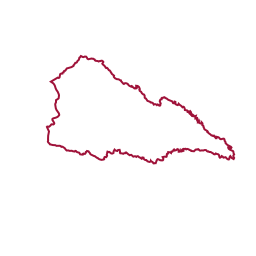 Dueré, Tocantins, Brazil (Equal Earth projection), rotated 145°
{"feature_id": "56859067B89764358514319", "entity_name": "Dueré", "entity_type": "district", "adm_level": 2, "iso_a3": "BRA", "parent_name": "Brazil", "parent_adm1": "Tocantins", "projection": "equal_earth", "projection_center": [-49.445, -11.379], "detail": "fine", "context": "isolated", "style": "outline", "palette": "rose", "viewbox_px": 256, "rotation_deg": 145, "n_neighbors": 0, "source": "geoboundaries", "source_scale": "gbopen_adm2", "svg_char_len": 5744}
<svg xmlns="http://www.w3.org/2000/svg" viewBox="0 0 256 256"><g transform="rotate(145 128 128)"><path d="M137.8,99.6L137.2,99.7L136.1,99.3L135.5,97.3L135.1,96.9L134.4,94.9L133.6,95.1L133.1,95.6L132.3,94.8L132.8,93.7L132.6,92.6L132.0,91.6L131.4,91.3L131.2,90.3L131.2,89.6L129.9,87.9L128.6,87.5L128.1,88.0L128.1,87.1L127.4,86.2L127.4,84.4L126.9,84.0L126.2,83.9L125.5,83.3L123.1,85.0L121.7,85.5L121.0,84.9L120.1,83.0L119.5,82.8L119.0,82.1L118.1,81.6L117.5,81.7L116.6,82.7L116.3,84.3L114.6,83.6L113.9,83.2L113.4,82.5L112.9,82.4L112.2,82.9L111.3,84.2L110.8,84.5L110.2,84.1L109.5,84.5L108.9,85.2L107.6,84.0L107.1,82.9L106.7,83.4L105.9,83.8L105.4,83.2L104.8,83.2L102.9,84.1L102.4,83.9L102.6,82.7L101.2,82.2L99.8,82.4L99.6,81.6L99.0,81.4L99.0,80.0L99.7,80.1L100.1,79.5L99.3,79.0L98.8,79.2L98.3,78.9L97.9,78.2L97.4,78.1L97.0,79.2L96.3,77.6L95.6,77.5L95.1,79.2L94.5,79.1L94.1,78.6L92.9,78.1L92.6,77.1L91.6,77.0L90.5,75.7L90.3,74.8L89.3,73.6L89.4,72.9L87.3,71.1L85.0,71.5L84.3,71.0L83.5,70.9L83.1,70.2L82.5,70.2L82.1,68.3L81.6,67.9L80.3,67.3L79.3,66.4L78.1,66.1L76.9,65.3L76.6,64.6L76.6,63.7L76.2,63.0L75.5,62.7L75.2,61.7L74.1,61.0L72.9,58.4L72.7,57.4L72.0,56.6L70.7,56.8L70.4,56.1L69.1,54.6L69.0,53.6L69.8,51.8L69.7,50.9L68.1,50.8L67.4,51.3L66.9,50.4L66.8,49.0L64.8,48.1L64.5,45.9L64.1,45.0L63.5,44.4L62.8,44.6L62.4,45.2L61.6,45.5L61.1,46.1L60.3,46.3L60.3,44.1L59.3,42.0L58.2,42.6L58.0,44.3L57.4,45.1L56.2,45.5L56.0,46.8L55.3,48.1L55.2,48.8L56.9,51.7L57.4,53.0L57.4,53.7L57.1,54.5L56.5,54.0L56.4,53.0L55.6,53.0L55.0,52.4L54.4,52.7L54.5,53.7L56.3,57.1L56.7,59.2L56.7,59.9L56.3,60.3L56.1,61.1L56.2,62.0L55.5,63.5L55.6,64.2L56.0,64.6L58.3,65.5L58.9,66.4L58.9,67.5L59.2,68.5L60.6,70.1L61.4,68.9L61.9,69.2L62.0,72.4L62.6,72.3L63.0,72.7L63.2,73.5L63.9,74.0L64.2,75.6L64.6,76.5L65.3,79.3L64.7,79.5L64.8,80.2L65.9,82.5L66.1,83.2L65.8,84.0L65.6,85.5L65.1,86.1L65.1,86.8L65.5,87.6L64.5,88.8L64.3,89.5L64.4,90.2L64.9,89.4L65.6,89.7L66.3,90.6L66.6,91.5L67.6,92.4L67.1,92.8L65.8,92.9L65.6,93.6L66.7,93.4L67.1,93.9L67.0,94.7L66.6,95.5L65.8,95.8L65.6,96.5L67.4,97.1L67.1,97.6L65.5,99.0L66.8,99.3L68.6,101.0L68.2,101.7L68.7,102.3L67.6,104.2L67.3,105.2L67.4,106.2L68.0,106.1L68.1,104.3L69.1,103.9L69.3,104.5L69.2,105.4L68.8,105.9L68.9,106.6L69.4,106.4L70.0,107.0L69.6,107.8L69.5,108.5L71.1,110.1L70.4,111.4L70.1,112.9L70.5,113.7L71.5,113.7L71.7,115.6L72.4,117.4L72.6,118.8L73.5,118.2L74.1,118.2L75.0,119.4L75.3,120.2L75.1,120.9L74.2,122.2L74.5,122.7L75.4,122.0L76.1,121.8L76.8,122.5L76.7,123.4L76.3,124.1L78.9,128.1L79.5,130.2L80.2,131.0L80.3,131.9L80.7,132.5L81.3,132.4L82.1,132.7L82.7,133.2L83.2,133.2L83.6,132.5L84.0,132.2L84.9,132.7L85.4,132.6L86.0,132.1L86.6,131.8L87.2,129.3L87.8,129.1L88.2,128.3L89.0,128.0L89.6,128.4L89.9,129.7L90.2,130.3L91.2,130.2L91.3,130.9L92.2,132.1L93.5,132.4L93.3,134.0L94.0,135.4L94.6,135.6L94.9,136.1L94.9,136.8L96.5,139.1L96.4,141.8L96.8,142.4L96.9,143.3L95.8,145.0L95.7,146.2L96.2,146.7L96.7,148.5L96.5,150.1L97.1,151.7L96.7,152.9L96.1,153.0L95.8,153.7L95.5,155.4L96.0,156.9L97.1,157.9L97.4,157.4L97.5,156.0L97.9,155.7L98.7,155.8L99.0,156.5L99.7,156.4L100.1,156.9L100.3,158.2L101.1,159.3L100.7,159.8L101.0,160.4L101.9,160.4L102.7,161.8L103.0,163.3L102.9,164.0L103.2,164.8L104.0,165.9L104.6,166.3L105.0,166.5L106.1,166.4L106.4,166.9L106.8,170.5L106.5,171.0L107.0,171.5L107.7,173.2L109.2,174.5L110.1,176.2L110.3,178.0L110.0,178.5L109.4,178.9L110.2,181.6L110.0,182.5L110.2,183.3L109.9,184.1L110.0,185.7L110.5,186.3L110.5,188.6L110.7,189.3L111.5,189.6L111.7,190.5L111.5,191.1L111.7,192.9L112.2,194.7L112.1,195.5L110.5,196.1L110.2,196.6L110.7,198.0L111.4,198.5L112.1,198.6L112.8,199.1L113.9,199.3L114.2,200.0L116.0,201.7L116.3,202.5L116.0,203.1L116.9,204.9L117.6,205.2L118.0,205.8L121.1,207.1L121.5,208.0L121.3,209.3L121.4,210.5L122.4,211.3L123.8,211.6L124.6,212.4L124.8,213.2L125.3,214.0L126.8,213.4L127.5,213.5L129.1,212.1L131.2,211.8L131.9,211.3L132.5,211.1L133.1,211.2L133.8,211.6L135.9,210.7L136.7,210.6L137.1,210.1L139.4,210.3L144.0,211.9L146.5,210.9L147.2,211.3L147.8,211.3L148.8,210.5L149.3,210.8L149.9,210.8L150.5,210.2L151.9,211.0L152.7,211.0L155.1,208.7L156.0,208.7L156.7,209.6L164.6,210.2L163.6,207.5L163.5,206.0L163.7,204.5L164.5,202.0L164.8,200.3L164.8,197.9L165.4,195.2L165.8,194.3L167.7,192.2L168.4,192.0L171.0,192.1L172.2,190.4L173.7,189.5L174.2,188.9L175.8,185.6L176.2,183.9L176.2,180.1L176.3,179.4L176.8,178.2L177.2,177.9L179.3,177.5L181.3,177.9L183.7,178.8L184.8,178.7L185.3,178.0L185.5,174.7L185.8,174.0L186.4,173.7L187.1,173.7L188.3,174.8L188.9,174.9L190.1,174.5L191.9,174.3L193.3,175.5L193.8,175.4L194.7,170.5L197.8,167.5L200.0,164.6L200.4,163.8L201.4,162.9L201.6,162.0L201.2,160.1L201.4,159.5L199.3,157.1L197.4,155.6L196.8,154.4L194.1,152.6L193.6,151.9L193.4,150.8L192.8,150.7L192.3,150.1L191.4,147.8L191.4,146.0L191.1,144.7L189.8,143.9L188.9,142.7L187.1,141.6L186.6,140.7L185.2,139.3L184.3,139.5L183.9,139.1L183.6,137.5L182.1,135.7L182.3,133.9L180.6,132.3L180.1,132.1L179.6,132.7L179.1,132.6L178.2,131.5L176.8,131.9L176.3,132.5L175.8,132.3L174.8,132.7L173.7,131.5L173.8,130.7L173.6,129.6L173.8,128.2L173.6,127.6L171.9,124.5L171.4,124.1L170.6,121.5L170.0,120.9L169.9,119.9L169.3,118.7L168.0,117.1L165.9,116.1L165.3,116.2L165.0,116.9L163.9,117.6L163.3,117.5L162.6,116.6L161.9,116.8L161.0,117.3L160.8,118.3L159.4,119.3L159.0,120.0L158.4,120.4L158.0,119.7L157.1,119.2L156.3,116.7L155.4,116.0L154.2,115.9L153.2,117.1L151.4,118.0L151.2,117.0L150.9,116.3L149.9,115.3L149.4,115.7L148.6,115.6L147.4,114.9L148.0,113.3L148.8,112.3L148.8,111.7L147.6,110.8L146.7,109.6L145.8,109.6L144.6,108.9L144.1,109.3L143.5,109.0L142.8,106.2L142.2,104.7L141.4,104.5L140.7,104.1L140.1,101.5L138.7,101.0L138.1,100.5L137.8,99.6ZM68.2,101.7L67.7,101.2L67.2,101.2L67.4,101.9L68.2,101.7Z" fill="none" stroke="#9f1239" stroke-width="2"/></g></svg>